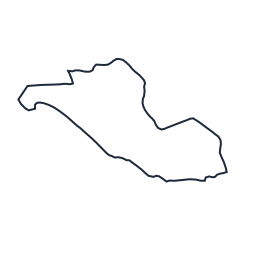 outline of Natal, Rio Grande do Norte, Brazil, rotated 132°
{"feature_id": "56859067B10091866773684", "entity_name": "Natal", "entity_type": "district", "adm_level": 2, "iso_a3": "BRA", "parent_name": "Brazil", "parent_adm1": "Rio Grande do Norte", "projection": "equal_earth", "projection_center": [-35.228, -5.802], "detail": "fine", "context": "isolated", "style": "outline", "palette": "slate", "viewbox_px": 256, "rotation_deg": 132, "n_neighbors": 0, "source": "geoboundaries", "source_scale": "gbopen_adm2", "svg_char_len": 1722}
<svg xmlns="http://www.w3.org/2000/svg" viewBox="0 0 256 256"><g transform="rotate(132 128 128)"><path d="M180.2,228.5L181.7,223.8L182.1,217.6L181.3,213.6L179.2,212.2L176.0,210.0L172.8,212.7L170.0,212.4L167.9,210.3L165.8,207.0L163.8,202.2L162.3,196.9L161.4,191.6L160.9,186.6L160.5,181.4L160.4,176.7L160.4,172.6L160.4,167.5L160.0,163.7L160.0,160.6L160.0,157.1L160.0,153.8L159.9,148.8L160.0,145.7L160.1,142.0L160.4,137.2L160.7,132.3L161.0,127.7L160.9,124.0L159.6,121.2L158.9,118.2L156.0,115.4L154.0,111.7L153.0,107.8L151.1,105.4L150.8,101.6L150.4,97.9L150.1,94.0L149.8,90.4L149.9,85.7L149.8,80.8L147.3,76.4L144.6,75.0L143.1,72.6L142.6,69.1L142.0,63.5L139.4,62.1L135.9,57.9L124.9,48.0L123.0,45.7L120.6,42.6L118.5,38.7L115.9,35.7L112.7,37.1L109.7,35.3L108.2,32.4L106.1,30.6L103.3,30.6L100.7,29.3L97.9,27.1L94.7,25.2L92.2,28.6L89.0,34.4L86.9,39.3L85.0,43.2L82.3,45.2L77.8,48.2L75.1,51.1L73.9,55.1L74.3,59.1L74.4,62.1L74.8,66.3L75.3,71.1L75.7,75.6L76.2,80.1L77.2,86.0L79.5,88.0L82.7,89.5L87.7,92.1L91.8,94.2L97.6,97.1L101.0,98.9L104.4,100.4L106.8,102.3L107.8,105.6L107.0,109.5L105.3,112.8L104.8,116.2L104.8,119.5L104.2,123.7L103.1,127.8L101.8,130.8L100.0,133.6L96.5,136.4L93.6,137.4L89.3,140.5L86.4,143.8L83.4,145.2L81.8,148.0L81.2,153.1L81.1,156.4L81.4,160.0L81.3,164.4L80.6,168.6L80.5,172.9L80.8,177.4L82.5,180.5L84.4,182.7L87.7,183.8L91.1,184.3L94.3,185.3L97.1,187.8L99.2,190.4L102.2,194.1L105.9,194.1L108.5,193.0L111.2,193.8L113.0,195.4L115.1,198.0L117.6,202.5L120.5,205.8L123.0,207.1L125.6,210.7L126.9,207.5L129.4,202.4L131.8,198.7L134.3,200.4L136.1,202.9L138.2,205.3L140.8,207.5L143.9,210.7L147.4,214.3L150.8,217.9L154.0,221.2L161.7,228.6L164.1,230.8L180.2,228.5Z" fill="none" stroke="#1e293b" stroke-width="2"/></g></svg>